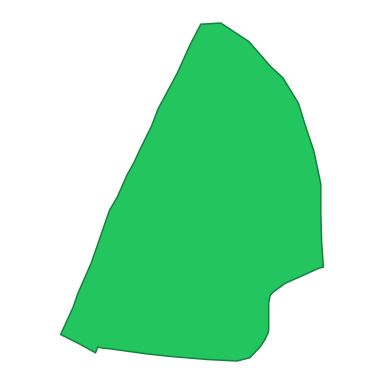 the district of Tokelau, Tuvalu
{"feature_id": "33948139B19448829688587", "entity_name": "Tokelau", "entity_type": "district", "adm_level": 2, "iso_a3": "TUV", "parent_name": "Tuvalu", "parent_adm1": "", "projection": "natural_earth1", "projection_center": [176.32, -6.281], "detail": "fine", "context": "isolated", "style": "filled", "palette": "green", "viewbox_px": 384, "rotation_deg": 0, "n_neighbors": 0, "source": "geoboundaries", "source_scale": "gbopen_adm2", "svg_char_len": 706}
<svg xmlns="http://www.w3.org/2000/svg" viewBox="0 0 384 384"><path d="M260.8,346.1L265.0,339.5L268.5,332.0L268.7,325.7L268.7,318.3L268.7,310.7L268.7,302.7L270.2,295.2L273.9,291.5L285.1,283.4L319.1,268.1L323.4,267.1L321.7,243.2L320.8,214.2L320.8,184.2L317.8,169.6L313.9,151.2L306.2,128.2L298.4,103.2L282.9,77.8L270.5,66.4L248.9,41.6L220.7,23.0L200.8,24.2L190.4,44.1L177.4,72.8L158.1,108.9L151.6,125.9L140.2,149.0L133.5,163.4L127.1,174.8L117.2,197.2L109.4,210.5L91.5,262.3L77.8,293.6L73.2,307.0L60.6,334.5L80.1,344.3L95.5,352.8L97.9,346.9L101.8,348.0L110.0,348.8L125.7,351.0L146.9,353.9L169.9,356.4L207.3,359.5L237.2,361.0L249.9,357.7L260.8,346.1Z" fill="#22c55e" stroke="#15803d" stroke-width="1.5"/></svg>